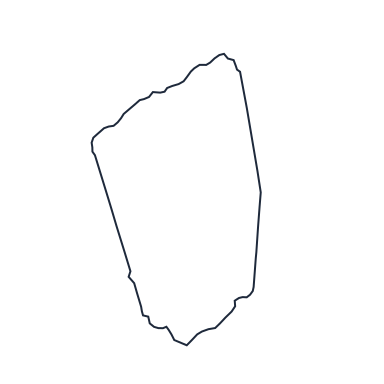 outline of Almadina, Bahia, Brazil, rotated 40°
{"feature_id": "56859067B14029450642321", "entity_name": "Almadina", "entity_type": "district", "adm_level": 2, "iso_a3": "BRA", "parent_name": "Brazil", "parent_adm1": "Bahia", "projection": "natural_earth1", "projection_center": [-39.669, -14.695], "detail": "fine", "context": "isolated", "style": "outline", "palette": "slate", "viewbox_px": 384, "rotation_deg": 40, "n_neighbors": 0, "source": "geoboundaries", "source_scale": "gbopen_adm2", "svg_char_len": 1153}
<svg xmlns="http://www.w3.org/2000/svg" viewBox="0 0 384 384"><g transform="rotate(40 192 192)"><path d="M286.5,312.8L287.1,305.0L287.5,297.7L289.3,292.5L292.8,286.5L297.2,281.3L297.9,274.5L298.3,266.9L299.2,258.1L298.5,251.8L294.6,247.8L296.1,243.0L298.3,240.0L301.6,237.5L302.5,233.4L302.2,228.8L300.3,225.2L283.4,201.7L280.1,196.9L265.2,176.5L253.5,160.2L244.9,148.1L228.7,133.9L180.2,92.6L151.5,69.0L147.8,69.3L144.6,67.3L139.1,64.2L133.7,66.7L127.7,65.6L124.9,69.5L123.4,75.1L122.7,81.2L121.2,85.5L116.1,89.7L114.2,95.8L113.7,100.5L114.2,107.4L114.4,112.6L112.4,117.9L108.7,123.5L106.1,128.3L106.5,132.8L103.8,136.3L97.8,140.6L98.0,146.8L95.5,151.7L92.9,155.2L92.0,161.2L90.7,168.9L89.5,176.1L90.2,181.0L90.3,186.4L89.4,191.7L86.1,195.4L83.6,199.7L83.0,203.7L82.3,208.2L81.5,213.8L83.4,218.7L87.0,221.9L89.8,225.1L94.0,226.2L128.0,248.2L137.7,254.5L142.3,257.5L156.2,266.7L178.9,281.3L195.8,292.3L198.0,297.7L206.3,299.0L214.9,304.8L226.8,312.6L230.3,315.6L233.8,318.0L238.6,315.6L244.1,319.8L249.6,319.7L253.7,317.9L257.3,315.0L259.0,311.7L262.7,312.6L267.8,314.3L273.6,316.8L286.5,312.8Z" fill="none" stroke="#1e293b" stroke-width="2"/></g></svg>